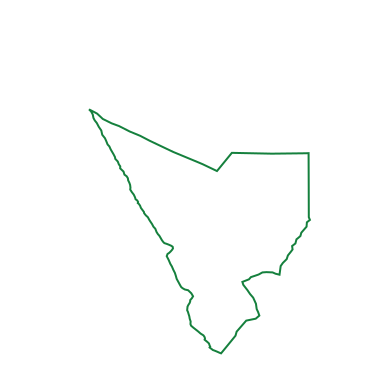 outline of At Tadamon - SK, South Kordufan, Sudan, rotated 311°
{"feature_id": "16777658B49478662281146", "entity_name": "At Tadamon - SK", "entity_type": "district", "adm_level": 2, "iso_a3": "SDN", "parent_name": "Sudan", "parent_adm1": "South Kordufan", "projection": "natural_earth1", "projection_center": [31.568, 12.176], "detail": "fine", "context": "isolated", "style": "outline", "palette": "green", "viewbox_px": 384, "rotation_deg": 311, "n_neighbors": 0, "source": "geoboundaries", "source_scale": "gbopen_adm2", "svg_char_len": 2276}
<svg xmlns="http://www.w3.org/2000/svg" viewBox="0 0 384 384"><g transform="rotate(311 192 192)"><path d="M86.2,307.3L86.3,308.9L86.4,310.2L86.4,311.3L86.8,312.3L87.2,313.4L88.0,315.8L88.7,318.1L89.3,319.8L100.0,319.5L109.4,319.2L112.1,319.1L115.9,317.3L130.5,317.3L138.2,323.2L142.9,323.9L144.8,320.6L146.1,317.6L149.6,313.6L152.4,307.5L153.1,302.7L154.3,298.2L155.6,291.6L157.2,289.0L163.5,292.3L166.4,292.3L169.6,294.2L173.4,296.4L177.5,297.9L180.4,300.8L184.2,305.6L185.1,308.6L187.0,312.3L194.3,307.5L198.1,307.1L203.5,307.5L207.0,306.0L212.0,305.8L214.6,305.6L216.9,303.0L221.0,303.8L224.8,301.9L227.1,302.3L229.9,302.7L233.0,301.2L241.0,301.2L244.5,298.6L248.3,299.3L249.6,296.7L273.5,275.8L297.8,254.5L297.6,254.3L297.4,254.1L295.2,251.7L273.3,227.1L247.7,196.4L224.5,197.1L224.2,197.1L220.0,181.9L218.5,177.3L209.9,151.5L202.9,126.4L200.4,116.0L196.8,105.3L193.8,93.3L193.6,92.9L191.1,86.3L188.6,76.7L188.7,74.7L188.9,69.0L188.4,66.7L186.8,60.1L186.7,61.3L186.6,63.0L185.4,66.2L183.2,69.1L182.2,71.7L181.6,74.9L180.0,79.0L178.9,83.2L176.3,86.7L175.5,91.0L174.1,94.0L172.5,97.1L172.2,99.7L170.8,102.7L169.0,108.0L167.8,111.0L166.7,112.3L166.3,116.0L164.9,118.6L164.3,121.0L162.7,122.3L162.5,126.9L160.8,129.6L161.0,132.4L160.3,134.6L158.9,136.2L157.9,138.6L156.7,140.7L154.9,142.7L153.3,143.8L152.4,146.8L151.8,149.8L150.6,152.5L149.5,154.2L149.7,156.2L149.1,157.9L148.1,158.3L148.1,159.9L147.6,161.8L146.5,163.8L146.0,166.0L145.4,168.8L144.6,169.8L144.1,172.5L144.0,175.3L143.0,177.9L142.4,179.9L141.6,182.9L140.5,185.7L140.2,188.4L138.6,191.4L137.8,194.0L137.6,195.9L136.8,198.3L135.9,200.9L135.4,203.1L135.3,204.7L136.2,206.8L137.0,209.0L137.8,211.6L138.0,213.3L137.0,214.6L135.6,214.9L133.2,214.9L131.0,214.7L129.2,214.2L127.0,215.0L125.4,219.0L123.5,222.9L122.6,225.7L121.0,229.0L119.7,232.2L118.0,235.0L116.4,237.4L115.1,240.9L114.0,243.8L113.2,246.1L113.2,247.9L113.7,250.5L115.3,253.5L115.1,257.9L114.0,261.2L111.8,261.6L109.2,261.6L108.1,262.5L106.4,263.1L104.6,263.3L102.6,263.8L99.6,265.9L98.8,267.7L97.7,269.4L96.5,271.4L94.8,273.5L93.4,275.9L91.3,277.5L90.5,279.0L90.5,282.0L90.8,288.1L90.8,291.4L91.3,294.7L90.8,296.6L90.0,297.9L88.8,298.4L88.9,302.5L88.8,304.2L87.6,306.2L87.3,307.1L86.2,307.3Z" fill="none" stroke="#15803d" stroke-width="2"/></g></svg>